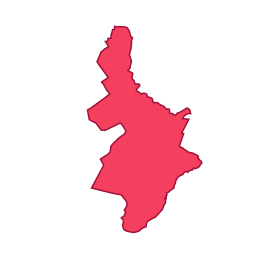 Río Blanco, Veracruz, Mexico, rotated 239°
{"feature_id": "50627088B97163330601020", "entity_name": "Río Blanco", "entity_type": "district", "adm_level": 2, "iso_a3": "MEX", "parent_name": "Mexico", "parent_adm1": "Veracruz", "projection": "robinson", "projection_center": [-97.148, 18.845], "detail": "fine", "context": "isolated", "style": "filled", "palette": "rose", "viewbox_px": 256, "rotation_deg": 239, "n_neighbors": 0, "source": "geoboundaries", "source_scale": "gbopen_adm2", "svg_char_len": 4697}
<svg xmlns="http://www.w3.org/2000/svg" viewBox="0 0 256 256"><g transform="rotate(239 128 128)"><path d="M222.0,169.0L221.3,168.5L220.6,168.0L219.9,167.4L219.4,167.0L220.3,165.5L218.4,163.7L216.3,161.2L216.0,161.2L213.7,159.6L213.9,159.3L214.7,157.8L215.1,157.0L212.8,155.3L213.6,153.8L213.6,153.7L213.8,153.5L213.9,153.2L210.9,153.2L210.2,153.2L207.7,153.1L207.7,151.7L207.7,150.3L207.7,150.2L207.7,148.0L207.2,146.2L207.2,145.9L207.1,144.8L207.1,144.4L207.1,144.2L206.8,143.8L200.8,135.6L200.2,135.6L198.9,135.6L198.7,135.6L197.8,135.7L197.2,135.7L196.3,135.7L195.6,135.8L192.6,136.1L191.6,136.2L189.8,136.3L187.1,136.6L185.6,136.7L184.2,136.8L183.3,136.9L181.4,137.0L181.4,135.5L181.3,134.0L181.0,129.0L179.9,129.0L179.7,129.1L179.5,129.4L179.3,129.5L178.5,129.5L175.9,129.4L175.7,129.4L171.5,129.2L166.6,130.0L166.7,129.6L166.1,126.0L166.1,125.8L166.0,125.2L165.7,123.5L165.6,121.4L165.6,121.2L165.4,119.7L165.1,116.1L164.9,113.9L164.6,110.6L164.5,109.1L164.1,105.0L164.1,104.7L164.3,104.3L164.4,103.7L164.2,102.8L164.2,102.5L155.1,99.1L148.6,103.1L140.1,103.9L137.8,107.2L136.3,123.6L136.0,123.7L134.7,124.6L132.2,124.6L127.0,124.8L125.2,123.0L124.4,120.1L124.5,118.1L124.2,115.7L123.8,113.4L123.2,111.4L122.7,108.7L122.4,107.6L121.8,105.6L121.0,103.7L118.7,102.2L116.7,100.1L115.7,97.3L115.8,93.4L115.5,88.3L108.6,88.0L95.3,65.8L92.4,68.8L88.3,72.8L82.3,78.9L81.8,79.3L75.9,85.8L74.1,87.8L68.6,88.5L66.0,88.8L65.3,88.6L63.7,88.3L61.3,86.0L60.5,84.5L59.6,82.5L58.5,82.6L56.8,82.7L56.4,81.6L55.6,80.6L54.5,79.1L54.6,77.4L54.4,75.9L53.1,76.1L51.6,76.6L49.9,75.8L47.7,73.4L44.8,72.4L42.8,72.3L41.9,72.8L40.0,73.9L40.0,74.0L38.3,75.9L37.0,77.3L35.9,78.4L35.8,78.5L35.0,80.5L34.0,84.2L34.3,85.9L34.7,88.2L34.6,90.2L34.1,92.6L34.5,92.9L35.6,93.9L36.4,94.7L37.6,95.8L37.9,97.0L37.9,100.7L37.6,105.9L38.5,108.9L40.4,115.3L41.8,117.1L43.6,119.6L44.7,121.6L45.8,122.5L46.6,122.8L48.3,123.0L49.0,124.3L48.0,124.4L48.5,124.8L49.8,125.6L50.3,126.8L51.8,127.4L52.7,127.8L52.1,129.8L52.7,132.4L52.8,134.3L52.9,136.4L55.0,138.1L55.2,138.4L56.2,140.1L58.0,141.6L59.0,143.2L59.2,143.5L60.3,146.0L60.3,148.6L60.1,149.4L60.0,150.5L60.0,151.5L60.6,152.5L61.1,154.1L61.1,155.2L60.2,155.8L59.2,156.6L59.6,157.3L59.9,158.5L59.2,160.4L58.8,161.2L59.7,163.0L59.7,163.8L58.7,164.2L57.9,168.0L59.7,172.5L60.0,173.1L60.3,173.5L61.2,173.6L62.1,173.6L62.6,173.4L62.9,173.2L63.3,173.0L64.0,172.9L64.4,172.9L64.8,172.9L65.1,172.8L65.5,172.7L65.9,172.6L66.2,172.5L66.6,172.6L66.8,172.8L67.0,173.3L67.3,173.7L67.7,173.7L68.7,173.3L69.2,173.1L69.5,172.9L69.9,172.7L70.2,172.3L70.5,172.1L70.8,172.0L71.1,171.8L71.6,171.5L72.3,171.1L72.8,170.8L73.2,170.6L73.5,170.2L73.8,169.9L74.0,169.6L74.2,169.3L74.5,169.1L74.7,168.8L75.0,168.5L75.3,168.2L75.5,168.0L75.8,167.7L76.1,167.5L77.2,166.8L78.3,166.5L79.2,166.1L80.8,165.1L81.4,165.0L82.3,164.8L83.2,164.1L83.8,163.9L84.5,163.2L86.1,162.6L86.3,162.9L86.4,163.0L87.8,164.8L88.6,165.8L89.7,167.0L90.5,168.0L90.8,168.3L91.5,169.2L92.5,170.4L93.5,171.6L93.8,171.9L94.5,172.8L95.5,171.9L96.0,171.4L96.5,172.1L96.9,172.8L97.5,173.8L97.9,174.4L98.1,174.9L98.7,175.8L99.4,176.9L100.1,178.1L100.8,179.2L101.5,180.3L102.1,181.3L102.8,182.5L103.5,183.5L104.2,184.6L104.5,184.2L105.5,182.8L106.4,181.7L106.8,181.1L107.3,180.4L107.8,179.7L108.6,180.7L109.1,181.4L109.2,182.0L109.3,182.6L109.4,183.3L109.6,185.0L109.4,186.6L108.9,187.7L108.1,189.1L108.4,189.1L109.3,189.5L110.4,189.8L110.5,189.9L110.6,190.0L111.3,190.2L111.7,190.2L112.1,190.0L112.5,190.0L112.8,189.8L113.1,189.5L113.3,189.4L113.8,189.5L114.0,189.5L114.2,189.4L114.4,189.3L114.6,188.9L114.8,187.8L114.7,184.6L114.8,180.2L115.1,179.0L115.4,178.0L115.1,177.4L114.6,176.2L114.8,174.6L116.5,174.0L118.0,173.1L118.4,172.0L119.0,171.5L119.9,171.7L121.5,172.7L122.3,172.9L123.2,172.8L123.7,172.3L124.1,170.8L124.6,170.5L125.7,170.3L126.8,170.1L127.8,169.9L128.7,169.5L130.5,168.2L131.0,167.9L132.2,167.2L132.8,167.0L134.0,166.6L135.0,165.8L135.8,164.4L136.6,163.1L137.5,162.8L139.6,163.7L141.4,163.8L144.6,161.0L145.7,160.9L147.3,161.5L148.6,160.7L149.1,160.2L149.6,159.6L150.7,156.8L152.9,155.9L155.2,154.5L156.2,154.6L157.6,157.6L157.8,159.0L158.3,159.9L159.5,160.3L160.6,159.3L161.8,157.1L163.1,156.9L165.1,157.5L166.1,157.5L167.9,156.8L170.0,158.0L171.7,159.8L172.8,160.1L175.8,158.4L177.0,157.8L177.5,157.5L178.1,160.2L181.2,163.2L183.3,165.3L186.6,166.1L188.3,166.6L190.1,166.9L191.5,168.3L192.8,169.7L194.1,170.9L195.0,171.8L196.5,172.9L198.2,174.3L199.5,175.0L200.9,175.9L203.2,178.4L203.8,178.0L204.5,177.5L206.3,177.8L209.4,178.7L211.3,179.1L213.6,179.0L214.9,178.7L215.8,177.8L216.4,177.0L217.4,175.8L217.7,175.2L219.4,172.7L220.4,170.5L221.3,169.7L222.0,169.0Z" fill="#f43f5e" stroke="#9f1239" stroke-width="1.5"/></g></svg>